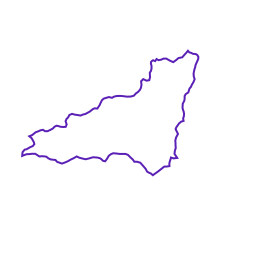 Uchoa, São Paulo, Brazil, rotated 231°
{"feature_id": "56859067B91289400241148", "entity_name": "Uchoa", "entity_type": "district", "adm_level": 2, "iso_a3": "BRA", "parent_name": "Brazil", "parent_adm1": "São Paulo", "projection": "albers", "projection_center": [-49.149, -20.932], "detail": "fine", "context": "isolated", "style": "outline", "palette": "violet", "viewbox_px": 256, "rotation_deg": 231, "n_neighbors": 0, "source": "geoboundaries", "source_scale": "gbopen_adm2", "svg_char_len": 2426}
<svg xmlns="http://www.w3.org/2000/svg" viewBox="0 0 256 256"><g transform="rotate(231 128 128)"><path d="M163.6,193.6L162.9,191.2L164.9,190.1L165.0,187.8L163.6,186.3L161.5,185.4L159.4,183.7L157.9,181.8L157.3,179.8L155.5,178.4L153.7,177.2L151.8,174.6L153.1,172.2L156.4,170.6L156.1,167.6L153.1,165.7L151.3,163.6L150.2,161.5L149.7,158.5L149.9,155.8L149.4,153.0L150.6,150.1L152.7,147.3L154.7,145.3L156.2,143.9L157.5,142.5L158.8,140.9L160.1,139.1L161.2,136.8L161.5,134.6L164.1,132.6L165.2,129.9L166.1,127.7L166.0,125.3L164.7,122.4L163.6,120.3L162.4,116.4L164.2,114.6L164.8,112.6L164.8,108.8L165.2,106.5L165.7,103.7L166.8,101.5L167.5,99.0L169.6,97.2L171.7,95.2L174.2,93.4L175.0,90.6L173.9,88.1L173.7,85.9L172.6,83.8L169.4,82.6L168.1,80.3L169.7,78.1L171.6,76.2L173.4,75.1L174.8,73.8L175.2,71.9L174.9,69.2L175.5,66.0L176.2,63.4L177.7,61.5L180.1,60.8L181.3,58.5L181.8,56.4L182.8,53.6L182.8,49.2L183.7,46.1L180.8,46.7L176.6,46.0L174.4,45.1L173.9,42.6L174.6,40.1L175.0,37.8L175.3,35.8L176.2,34.1L175.6,30.9L172.9,28.2L172.1,30.8L171.4,32.8L169.8,34.9L168.3,37.3L166.3,39.7L164.5,40.3L161.7,41.2L160.2,43.4L158.5,45.2L157.1,46.5L154.6,47.0L152.4,48.0L150.3,50.0L148.8,51.5L146.3,51.6L144.2,52.9L141.9,54.3L140.8,57.5L140.0,60.4L139.5,63.6L138.7,66.9L138.2,70.2L135.5,71.5L132.9,73.4L130.3,75.5L128.9,78.5L127.3,82.4L124.4,85.5L122.3,87.1L120.5,87.7L118.3,87.9L116.5,89.3L117.3,92.4L118.5,95.6L118.4,98.2L117.7,100.6L115.6,102.8L112.9,105.4L109.4,109.8L107.0,111.1L103.6,111.4L100.4,111.9L97.8,111.7L96.2,113.7L93.3,115.7L89.6,115.9L85.1,116.0L82.1,115.4L80.2,116.1L78.4,117.1L75.7,117.6L75.3,123.8L75.2,129.9L75.2,131.9L73.7,133.8L72.3,136.2L74.4,137.8L75.7,139.4L76.8,141.2L78.0,142.8L75.7,144.3L73.8,147.4L78.7,147.9L80.8,150.1L82.4,152.5L85.1,154.4L86.6,155.6L88.3,156.7L90.4,159.4L91.9,163.1L97.2,164.3L98.3,166.4L98.8,168.4L99.4,170.4L99.5,173.3L98.5,175.6L100.8,176.9L101.8,178.6L103.7,180.5L105.8,181.6L107.6,182.2L109.3,183.0L112.4,185.8L113.8,189.0L115.5,190.8L117.2,192.1L118.0,194.2L117.7,197.3L120.0,200.7L120.3,202.7L121.4,204.8L122.5,207.8L124.0,210.5L126.9,211.7L129.1,213.3L131.6,216.3L133.0,218.5L134.4,220.1L136.0,223.2L137.4,225.9L138.9,227.4L141.0,227.8L142.8,227.2L144.6,225.3L146.7,224.3L148.3,223.2L150.3,223.2L149.8,220.8L149.4,218.0L148.8,214.6L150.6,211.3L150.5,208.2L150.7,204.6L154.1,202.9L157.9,201.4L159.5,199.4L160.3,196.6L161.5,194.4L163.6,193.6Z" fill="none" stroke="#5b21b6" stroke-width="2"/></g></svg>